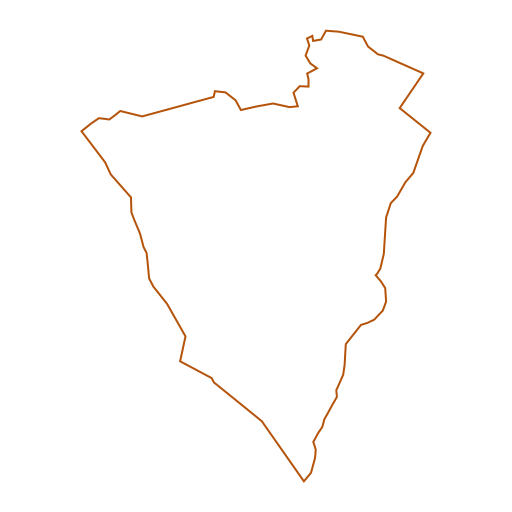 Ould Yenge, Guidimaka, Mauritania
{"feature_id": "47542326B88135317282644", "entity_name": "Ould Yenge", "entity_type": "district", "adm_level": 2, "iso_a3": "MRT", "parent_name": "Mauritania", "parent_adm1": "Guidimaka", "projection": "albers", "projection_center": [-11.856, 15.622], "detail": "fine", "context": "isolated", "style": "outline", "palette": "amber", "viewbox_px": 512, "rotation_deg": 0, "n_neighbors": 0, "source": "geoboundaries", "source_scale": "gbopen_adm2", "svg_char_len": 1325}
<svg xmlns="http://www.w3.org/2000/svg" viewBox="0 0 512 512"><path d="M303.9,481.3L311.0,472.8L314.9,458.5L315.5,453.6L315.4,452.8L315.6,451.0L315.8,449.8L314.7,446.2L313.3,441.9L315.0,438.9L317.0,435.1L318.5,432.5L322.2,427.1L323.2,423.7L324.4,419.1L327.8,413.2L333.0,403.6L334.2,401.7L336.9,396.9L336.3,390.2L339.2,383.8L343.2,374.7L344.6,365.0L345.8,344.1L361.0,324.9L367.1,323.0L374.2,319.7L378.1,315.5L382.8,310.6L384.6,305.7L386.1,301.5L385.2,288.1L381.0,281.5L375.7,275.2L377.3,273.5L380.3,268.6L383.8,253.9L386.1,217.5L390.8,203.1L397.1,196.6L405.4,182.2L413.3,172.9L422.7,146.1L427.8,137.3L430.5,132.8L399.7,108.1L423.3,73.4L383.2,55.6L377.9,54.3L368.0,46.5L362.8,36.7L338.8,31.7L326.0,30.7L321.1,39.5L313.1,40.9L312.3,35.9L307.0,38.5L309.3,45.5L305.6,55.6L310.3,63.4L317.0,68.3L307.2,73.5L308.5,79.2L308.5,86.6L299.7,86.2L293.5,92.7L297.8,106.3L289.4,107.1L273.1,103.5L256.3,106.5L240.9,110.0L235.6,100.3L225.5,92.4L214.9,91.2L213.7,96.9L142.2,116.4L120.2,111.0L116.0,114.5L109.3,119.5L104.3,118.8L98.9,118.2L91.4,123.3L81.5,131.2L105.1,162.3L110.8,174.5L131.0,197.4L131.4,212.3L134.4,220.2L140.1,233.8L143.5,246.9L146.6,253.1L148.0,266.2L149.1,278.4L153.5,286.8L167.1,303.9L185.5,336.4L180.1,361.3L211.7,378.1L213.9,382.4L239.0,402.7L261.8,421.2L303.9,481.3Z" fill="none" stroke="#b45309" stroke-width="2"/></svg>